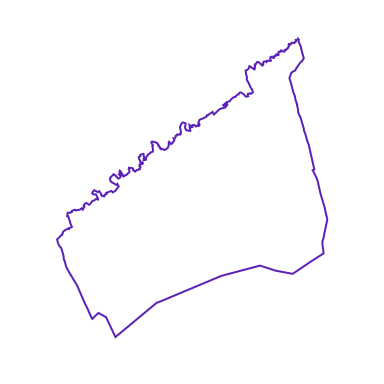 the district of Prundeni, Vâlcea, Romania, rotated 75°
{"feature_id": "2599482B15275275534961", "entity_name": "Prundeni", "entity_type": "district", "adm_level": 2, "iso_a3": "ROU", "parent_name": "Romania", "parent_adm1": "Vâlcea", "projection": "natural_earth1", "projection_center": [24.227, 44.727], "detail": "fine", "context": "isolated", "style": "outline", "palette": "violet", "viewbox_px": 384, "rotation_deg": 75, "n_neighbors": 0, "source": "geoboundaries", "source_scale": "gbopen_adm2", "svg_char_len": 5883}
<svg xmlns="http://www.w3.org/2000/svg" viewBox="0 0 384 384"><g transform="rotate(75 192 192)"><path d="M312.3,303.5L289.8,254.7L289.7,252.3L280.6,185.5L280.7,145.3L289.7,131.5L297.1,115.9L289.7,94.5L285.4,80.9L281.9,80.2L277.0,79.7L273.3,78.8L270.3,76.7L267.2,75.3L253.7,68.5L252.7,68.3L246.5,68.2L241.7,67.9L226.9,68.3L215.2,67.8L210.7,68.0L202.1,69.8L201.8,68.0L176.3,67.0L172.6,67.5L165.5,67.5L161.6,67.9L159.6,67.6L147.8,67.9L144.3,68.7L142.1,68.8L140.2,68.3L133.9,68.0L134.0,67.8L129.7,68.2L126.2,67.8L122.1,68.3L115.9,68.2L107.1,68.4L102.7,65.3L101.6,62.9L101.4,61.2L101.2,60.7L99.6,59.4L96.4,55.5L95.5,54.7L93.6,51.2L91.7,49.4L86.1,49.5L78.7,49.3L78.0,49.7L73.8,50.0L72.8,49.4L71.7,49.8L72.6,50.2L72.1,50.8L71.9,52.4L73.6,52.6L73.7,53.7L74.4,54.2L74.6,54.6L74.4,55.5L73.7,56.3L73.6,57.0L73.9,57.5L74.9,58.1L75.1,58.7L74.2,59.6L74.1,60.2L74.7,60.6L76.3,60.6L76.8,61.4L77.7,61.8L77.8,62.6L78.4,62.9L78.4,63.4L78.9,63.8L78.9,64.4L78.6,65.1L78.7,65.6L80.0,65.9L80.3,66.3L80.0,67.5L79.4,68.2L78.6,68.6L78.3,69.3L79.4,70.2L79.3,71.0L78.9,71.5L79.4,72.4L81.9,72.8L82.1,73.2L82.1,73.7L80.8,74.5L80.8,74.8L81.8,75.2L82.1,76.0L81.8,76.3L81.8,76.8L82.4,77.1L82.6,77.6L83.7,78.2L83.4,78.9L82.7,78.9L82.0,79.4L81.9,80.3L82.3,80.8L82.1,81.3L83.4,82.0L84.4,81.8L85.6,81.8L85.7,82.0L85.3,82.9L85.3,83.9L84.9,84.5L84.6,85.5L84.6,85.8L85.6,86.2L85.8,86.5L85.0,86.9L84.6,88.8L85.3,89.7L86.0,90.0L86.9,89.9L88.0,90.8L88.1,91.2L87.9,91.7L86.5,92.2L83.9,94.0L83.4,94.7L83.4,95.9L84.6,96.6L85.0,97.4L85.0,98.3L85.5,98.5L86.3,98.3L86.7,98.7L87.2,98.6L88.4,99.4L89.3,99.4L89.7,99.9L89.4,100.5L88.2,101.1L87.1,102.5L85.7,103.3L85.3,104.0L87.0,105.0L87.8,105.9L88.4,107.1L88.4,108.5L88.6,108.8L93.0,109.3L95.5,109.1L97.1,110.0L98.2,110.0L100.2,109.3L106.3,108.3L108.9,107.4L111.3,107.3L112.2,108.8L112.3,109.5L112.3,110.0L111.6,110.7L111.8,111.2L111.6,112.6L112.9,113.1L114.1,113.0L114.1,114.5L113.4,115.6L111.6,116.4L110.6,117.1L108.8,118.7L108.3,119.7L108.7,120.8L109.8,121.7L109.7,122.5L110.0,123.7L111.4,125.4L111.1,126.8L112.4,129.9L114.2,132.2L114.1,133.2L114.4,135.8L115.9,138.5L116.0,139.3L116.6,139.4L116.9,139.0L116.7,138.1L116.0,136.1L116.1,135.5L116.7,135.6L117.0,135.4L117.5,136.1L117.1,136.5L118.1,136.9L118.2,137.2L119.0,137.9L119.0,143.4L119.2,144.1L122.8,150.7L122.2,151.1L120.0,151.4L121.3,155.4L122.0,156.5L122.0,156.9L121.6,157.4L121.9,157.9L122.6,158.1L123.0,158.6L123.9,163.0L123.8,164.3L124.2,165.7L124.5,166.3L125.8,167.1L126.8,168.1L127.8,167.4L128.5,168.1L129.2,167.4L129.9,168.0L130.0,168.5L129.1,169.5L129.7,171.2L128.8,171.5L128.4,172.2L127.8,172.6L127.5,173.5L128.0,174.2L127.9,174.6L129.2,174.5L129.5,175.3L129.0,176.2L128.5,176.3L128.2,176.7L127.7,176.4L127.4,176.6L126.7,177.1L128.0,177.2L129.1,177.6L130.0,177.3L130.5,177.6L132.5,177.8L132.3,178.7L131.3,180.3L131.0,181.4L129.1,182.0L127.5,181.9L126.5,181.6L125.1,180.6L124.4,180.4L123.7,180.8L122.6,182.6L122.5,183.4L123.6,184.8L126.0,186.8L130.8,187.1L132.4,187.5L133.0,187.9L133.4,188.5L132.7,189.0L133.2,190.2L133.0,191.1L132.6,191.6L132.7,191.9L133.3,192.6L133.7,192.6L133.8,193.5L134.8,193.8L135.4,194.2L135.8,194.9L135.4,195.9L137.4,195.7L138.6,196.7L139.0,198.1L139.9,198.3L140.2,199.7L139.8,199.7L139.7,200.0L138.6,200.8L137.5,201.1L137.9,201.7L138.8,201.4L139.8,202.2L140.7,202.2L143.3,204.2L144.3,207.6L144.1,208.1L142.9,209.2L142.8,210.6L142.1,211.2L142.0,210.8L141.7,210.8L140.4,211.5L138.5,212.1L138.6,212.4L137.7,212.2L137.0,212.7L135.7,212.8L135.3,213.8L133.8,215.3L133.7,216.2L132.9,217.3L133.0,217.9L133.4,218.4L134.6,218.4L136.7,217.6L137.4,218.4L139.1,218.4L139.9,218.7L142.0,218.9L142.9,219.4L142.9,221.0L144.8,225.2L145.8,226.0L146.9,227.8L148.7,227.9L149.0,228.4L148.8,230.1L148.5,229.7L148.0,230.1L147.3,230.1L147.0,229.9L146.7,229.2L146.2,229.0L145.1,229.3L142.6,229.0L142.6,231.5L142.8,232.3L143.0,232.7L144.2,232.8L144.6,234.5L146.5,234.5L147.9,234.1L149.4,234.3L150.1,233.9L150.6,232.5L151.4,231.9L151.7,232.0L152.2,232.9L151.8,233.8L151.5,234.1L152.0,235.0L151.9,235.5L153.2,236.0L153.4,235.4L154.5,235.2L155.8,236.4L156.5,236.4L156.6,236.9L156.3,237.9L156.6,238.5L156.5,239.2L156.7,240.0L157.0,240.4L157.1,241.3L157.5,241.5L157.2,242.2L156.4,242.2L155.7,243.2L154.2,242.9L153.4,243.5L152.3,246.7L153.6,247.3L154.3,246.9L156.2,247.1L157.3,248.2L157.4,249.2L158.6,251.0L158.7,253.5L158.8,253.8L159.2,253.7L159.3,254.2L155.1,255.1L154.6,255.3L154.7,255.9L153.6,255.6L152.7,256.2L153.2,256.6L154.4,257.0L155.7,257.0L156.2,258.0L157.1,257.2L157.3,256.5L158.0,256.4L160.0,258.5L159.9,259.9L157.3,261.2L156.3,261.5L155.8,262.4L155.4,262.4L154.5,263.1L157.2,267.5L158.1,267.5L159.0,268.1L161.1,267.6L161.3,267.1L161.8,267.0L165.6,263.1L165.6,262.6L165.0,262.0L167.5,261.3L171.2,266.0L171.8,268.7L170.7,269.2L170.1,269.7L170.7,275.0L171.7,274.9L171.9,276.9L173.0,277.2L173.2,277.7L173.5,277.9L173.5,278.3L172.2,279.5L172.4,280.0L170.9,280.5L169.9,280.4L167.2,281.4L167.8,283.0L167.4,283.2L164.9,286.3L167.0,288.5L167.5,288.7L168.7,288.0L169.1,286.8L169.4,285.4L173.7,284.6L174.6,284.5L175.0,284.8L173.9,286.4L174.7,288.3L174.9,289.3L174.9,290.6L177.2,293.4L177.6,294.5L177.6,295.0L175.8,296.2L175.4,297.0L175.3,297.7L176.8,300.0L177.7,300.3L178.2,299.7L179.0,300.3L179.3,301.0L180.3,301.5L180.8,302.1L179.2,302.8L180.1,305.2L179.9,306.1L179.7,309.1L179.0,309.4L178.8,309.8L178.8,311.2L179.3,312.4L179.2,312.9L180.0,313.0L180.2,314.6L180.6,314.8L179.8,317.2L180.5,317.5L180.5,317.8L183.0,318.9L183.3,318.5L183.4,317.8L187.5,317.7L189.4,317.4L189.8,317.8L194.6,317.0L194.9,317.8L195.1,320.7L195.7,320.6L195.6,321.5L195.8,324.1L196.2,324.6L196.6,326.2L198.3,327.6L199.5,328.2L199.2,328.5L200.7,330.7L202.9,334.6L206.0,334.7L207.7,334.5L210.2,334.0L211.8,332.9L214.4,332.7L220.0,332.6L223.8,333.2L225.8,332.9L230.8,332.9L233.7,332.5L237.7,331.5L252.5,327.2L270.7,324.5L277.8,323.1L286.6,321.8L288.7,321.2L284.6,313.7L290.7,307.4L312.3,303.5Z" fill="none" stroke="#5b21b6" stroke-width="2"/></g></svg>